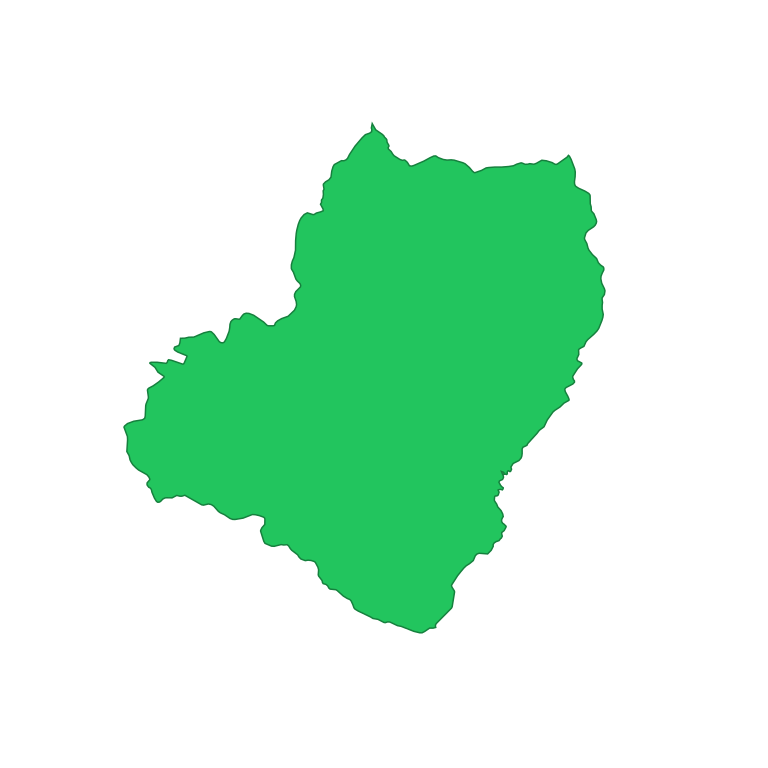 outline of Tan Uyen, Lào Cai, Vietnam, rotated 157°
{"feature_id": "81297802B83473395979783", "entity_name": "Tan Uyen", "entity_type": "district", "adm_level": 2, "iso_a3": "VNM", "parent_name": "Vietnam", "parent_adm1": "Lào Cai", "projection": "orthographic", "projection_center": [103.735, 22.126], "detail": "fine", "context": "isolated", "style": "filled", "palette": "green", "viewbox_px": 768, "rotation_deg": 157, "n_neighbors": 0, "source": "geoboundaries", "source_scale": "gbopen_adm2", "svg_char_len": 6171}
<svg xmlns="http://www.w3.org/2000/svg" viewBox="0 0 768 768"><g transform="rotate(157 384 384)"><path d="M293.1,628.3L295.6,624.6L295.8,623.0L296.8,621.1L299.2,620.5L303.7,620.8L307.9,619.2L317.5,614.4L326.0,608.8L329.4,605.9L331.7,605.1L333.7,605.2L336.0,606.2L344.0,605.4L345.9,604.0L348.9,600.4L352.0,595.1L354.9,593.5L358.9,592.9L361.6,591.7L362.1,590.9L363.1,586.7L364.5,585.6L365.7,582.2L367.3,579.5L368.0,578.7L369.5,577.9L370.0,577.1L370.5,575.6L372.2,574.3L371.7,568.8L372.3,567.2L375.1,567.2L379.5,567.8L382.2,567.3L383.2,567.7L387.7,571.5L391.3,571.2L395.4,569.2L397.8,567.3L400.5,564.5L404.3,559.5L406.0,556.8L409.3,550.6L413.2,541.7L417.5,535.6L420.3,533.0L422.7,529.9L424.1,526.7L424.2,525.8L423.7,522.3L424.1,515.0L423.5,512.6L422.1,509.3L422.1,507.4L423.0,506.0L429.1,503.5L431.3,501.5L432.2,499.5L432.6,494.2L433.5,491.1L434.7,489.4L437.6,486.9L445.8,483.8L452.7,484.2L457.3,483.7L460.1,482.6L461.9,480.7L463.4,480.9L467.6,482.7L468.7,483.6L470.6,488.1L477.1,498.2L480.7,501.7L483.2,503.0L485.5,503.2L487.4,502.5L491.4,500.1L491.9,500.1L495.0,502.0L496.4,502.5L498.7,502.1L500.5,501.3L502.4,499.2L503.9,496.3L505.9,493.1L511.3,487.5L514.2,485.3L515.0,484.9L516.4,484.9L518.1,485.9L519.1,487.4L521.0,496.0L522.5,499.4L523.0,499.9L524.1,500.5L529.8,501.5L540.9,501.5L545.3,503.3L549.4,504.0L553.5,505.6L555.7,501.8L557.2,500.1L558.1,499.6L562.3,499.8L563.5,498.5L563.5,497.4L563.2,496.6L561.3,493.9L554.5,487.1L554.6,486.3L559.6,481.5L560.6,480.8L561.6,481.0L570.3,488.8L572.8,490.5L573.9,490.0L575.1,488.6L576.4,488.1L584.1,492.5L589.6,494.9L591.0,495.1L591.4,494.5L588.3,488.8L587.4,483.1L583.6,477.2L583.5,476.7L584.0,476.0L590.7,473.9L597.2,472.5L602.0,472.1L603.2,471.7L604.1,470.9L605.9,464.3L606.5,462.9L610.8,458.6L611.8,457.2L616.3,447.8L617.6,446.0L619.4,445.5L620.8,445.5L628.9,447.5L635.6,447.8L639.2,446.7L640.2,445.9L640.7,435.9L641.9,432.7L647.1,422.3L646.6,417.6L647.4,413.4L647.2,410.6L646.7,407.8L645.0,403.6L643.5,400.7L637.7,393.2L636.8,390.3L636.7,388.1L637.0,387.4L640.6,385.6L641.3,384.4L641.5,383.3L640.9,380.9L639.7,379.4L639.4,377.7L639.9,374.9L639.9,368.5L639.3,364.8L638.6,363.7L637.3,363.1L635.6,363.2L632.6,364.5L630.5,364.7L629.2,364.5L623.5,362.0L618.3,362.4L615.6,360.4L613.8,359.7L610.8,359.4L599.0,344.0L597.4,343.0L592.5,342.2L590.1,340.5L588.4,338.0L586.2,331.4L584.9,329.3L581.9,326.0L578.2,320.3L576.2,318.5L574.0,317.5L566.1,315.6L556.2,315.3L553.4,313.9L550.1,311.5L546.9,308.5L546.3,307.4L546.4,306.2L548.6,301.3L552.5,299.4L554.7,297.5L555.1,296.6L556.1,286.2L555.8,283.8L550.9,278.7L548.5,277.5L541.5,276.4L539.2,275.0L535.9,273.9L535.0,272.1L534.6,269.2L533.9,267.0L530.2,260.5L529.9,258.1L528.9,255.4L525.5,252.2L522.7,251.5L520.0,250.0L517.7,248.0L516.9,246.7L516.4,241.2L516.8,238.5L519.1,234.0L519.2,232.7L517.8,227.2L518.2,225.3L518.0,224.0L515.7,222.2L514.7,220.2L514.5,217.7L513.8,216.3L508.6,213.4L507.8,212.2L504.3,204.7L501.6,200.9L499.6,198.9L499.0,197.1L498.9,193.1L499.1,189.7L498.7,188.2L496.5,185.1L487.4,174.8L485.8,172.5L481.5,169.7L477.2,164.5L476.0,163.8L473.6,163.6L471.6,162.6L466.0,156.3L462.9,154.2L453.1,144.6L448.4,141.1L446.2,140.1L443.3,140.3L437.4,141.5L434.2,140.1L431.5,139.7L431.3,140.9L430.6,142.3L429.2,143.2L409.5,151.3L408.3,152.3L400.3,165.0L400.1,166.0L400.8,170.4L400.7,171.9L400.1,172.7L391.3,178.7L386.9,181.1L382.4,183.4L379.2,184.6L375.5,185.2L370.8,186.6L367.0,190.3L364.6,191.2L362.5,191.0L355.0,187.1L350.2,189.1L346.9,191.9L346.3,193.5L344.8,194.6L342.6,195.1L339.3,194.9L337.4,196.0L336.1,196.4L334.6,197.7L334.2,200.2L333.6,201.3L330.7,202.1L327.8,204.4L327.2,205.3L328.2,207.9L329.2,209.6L329.4,211.0L329.3,212.0L328.5,213.4L327.0,214.8L326.1,215.3L325.5,217.9L325.7,221.6L327.3,226.4L327.2,229.4L327.9,233.1L327.8,234.1L326.2,237.0L325.8,237.3L325.0,237.4L323.8,236.9L322.7,237.0L322.1,237.4L320.3,239.5L320.5,241.6L320.2,242.0L317.9,241.5L316.4,240.3L315.3,241.0L314.8,241.9L315.7,243.4L316.3,245.3L316.6,248.7L315.5,249.7L312.2,249.8L310.5,251.3L310.1,252.7L310.1,257.6L308.3,255.9L308.2,255.5L308.7,254.7L308.6,253.9L307.4,253.6L306.5,252.8L305.6,253.1L305.1,254.6L304.0,255.5L303.3,255.5L302.3,254.1L301.5,254.2L299.9,255.7L299.6,258.0L296.6,260.1L296.0,260.4L289.7,260.8L286.7,262.3L285.3,263.8L284.0,266.0L282.2,270.3L280.8,271.5L276.4,271.7L275.0,273.0L262.4,278.8L259.1,280.7L253.4,282.1L247.8,287.1L239.6,292.1L237.0,293.0L230.9,294.1L225.7,296.1L220.2,296.7L219.8,297.1L219.6,298.2L219.6,300.8L220.1,306.0L219.8,308.1L219.1,309.0L217.8,309.6L210.2,310.2L208.0,311.2L207.5,312.3L207.9,314.2L207.7,316.4L207.1,317.5L199.9,322.4L195.3,324.4L194.0,325.2L193.8,326.1L196.7,329.7L196.8,331.3L196.4,332.1L193.2,335.0L191.5,339.5L190.5,340.0L188.4,340.3L185.3,340.5L181.5,344.0L179.0,345.3L171.4,347.8L167.4,349.5L164.6,351.3L158.7,357.2L156.4,360.0L155.0,362.4L153.9,367.8L152.4,371.3L151.0,373.6L150.2,376.6L149.5,378.1L146.2,380.2L144.2,383.4L143.9,385.5L144.2,391.7L143.3,396.1L142.1,398.4L140.1,400.5L137.1,403.1L136.4,404.8L136.4,406.0L138.3,409.1L139.3,411.9L139.3,416.5L141.6,421.7L143.0,427.0L143.1,429.4L142.4,434.0L142.8,438.5L142.5,440.0L139.1,444.1L136.0,445.6L129.6,446.8L127.5,447.7L125.8,449.1L124.8,450.5L124.4,452.5L124.3,458.7L125.3,461.6L125.4,462.6L124.1,466.2L123.7,469.3L120.7,476.8L120.6,477.9L121.1,479.5L123.7,483.1L128.3,488.1L130.2,490.9L130.5,492.0L130.4,493.7L129.6,495.9L127.1,500.1L125.1,504.4L124.4,507.4L124.0,517.6L124.3,521.2L124.9,522.4L126.8,521.3L138.2,518.8L139.5,518.8L140.8,519.5L142.7,522.1L147.3,526.0L151.3,528.3L157.5,527.6L160.1,527.7L163.8,529.9L165.6,530.1L168.3,531.1L170.2,533.1L171.4,534.0L176.0,534.5L179.6,534.3L184.3,535.5L191.2,537.8L197.0,540.3L203.2,542.4L205.6,543.0L210.8,542.5L217.7,543.0L218.4,543.4L219.4,545.3L220.8,549.9L223.3,555.0L224.9,556.8L231.9,562.6L234.6,564.1L238.5,565.5L241.7,567.5L245.6,571.2L247.2,573.7L249.1,574.4L253.1,574.3L260.3,573.6L271.0,573.5L273.3,573.7L275.3,574.9L275.9,578.9L277.1,581.6L277.8,582.3L279.7,582.7L281.7,584.6L285.5,590.1L286.1,592.0L286.6,595.2L288.1,598.5L287.8,600.1L286.7,600.8L286.3,601.7L286.7,605.3L286.0,607.8L286.2,608.9L287.1,611.1L287.2,612.6L288.1,614.6L292.3,621.2L293.1,628.3Z" fill="#22c55e" stroke="#15803d" stroke-width="1.5"/></g></svg>